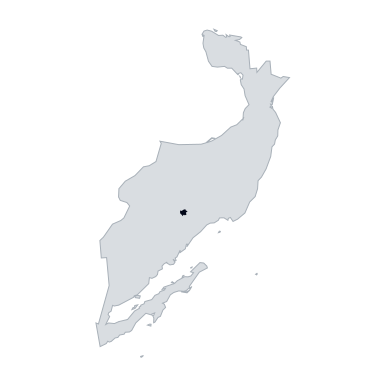 Pánuco de Coronado, Durango, Mexico (highlighted), rotated 265°
{"feature_id": "50627088B1013780118073", "entity_name": "Pánuco de Coronado", "entity_type": "district", "adm_level": 2, "iso_a3": "MEX", "parent_name": "Mexico", "parent_adm1": "Durango", "projection": "robinson", "projection_center": [-104.338, 24.505], "detail": "fine", "context": "in_parent", "style": "filled", "palette": "ink", "viewbox_px": 384, "rotation_deg": 265, "n_neighbors": 0, "source": "geoboundaries", "source_scale": "gbopen_adm2", "svg_char_len": 4881}
<svg xmlns="http://www.w3.org/2000/svg" viewBox="0 0 384 384"><g transform="rotate(265 192 192)"><path d="M46.0,87.0L69.9,84.9L68.7,87.3L106.0,101.3L134.1,101.2L134.2,95.9L151.7,96.0L154.7,99.8L166.9,110.0L169.8,118.6L172.1,121.9L183.5,128.7L187.2,126.2L189.9,119.8L193.4,118.4L201.7,119.5L208.6,126.5L213.3,136.6L221.3,145.8L221.9,151.6L225.5,158.8L243.1,165.6L245.4,164.5L240.3,183.0L238.8,205.2L239.7,210.0L244.3,216.4L243.4,219.8L243.6,216.3L239.8,210.9L241.0,215.9L245.7,226.3L253.3,236.3L255.1,242.5L260.4,248.9L258.9,248.7L262.0,250.2L261.0,249.3L266.5,250.1L270.5,252.3L274.0,256.4L283.3,253.3L290.1,252.8L294.6,250.4L299.4,249.9L300.4,250.9L300.1,252.1L304.0,253.0L306.6,251.0L305.8,247.8L304.5,248.6L304.9,247.9L311.9,242.4L312.3,238.0L314.3,235.4L314.2,228.2L315.4,222.9L320.8,219.8L330.4,218.1L334.5,216.3L339.2,215.9L347.0,217.7L347.6,216.6L345.6,216.5L348.2,215.7L351.3,218.0L352.0,221.2L350.5,225.5L345.6,232.1L345.5,236.4L343.1,239.1L343.5,240.1L345.8,239.7L343.4,242.4L343.5,243.5L345.1,243.2L342.2,254.2L341.5,255.1L339.8,252.7L339.3,248.5L337.2,252.8L334.8,253.1L332.0,258.8L328.7,258.7L328.4,260.6L309.7,260.5L309.8,267.2L305.5,267.1L315.9,277.3L315.6,281.1L302.4,281.1L297.7,290.5L299.1,292.9L297.5,299.1L287.8,288.5L279.9,281.3L275.2,278.6L274.7,279.3L279.1,281.7L272.2,279.6L272.7,277.9L270.9,278.6L269.8,277.0L268.5,278.7L270.8,279.5L267.4,279.9L264.0,282.2L253.3,286.1L246.3,283.0L240.4,282.3L236.5,279.5L232.5,278.4L230.0,275.6L220.5,273.5L208.5,267.8L200.8,262.5L197.5,258.8L189.5,257.6L181.9,254.5L177.0,248.6L166.5,242.9L161.0,235.1L159.1,230.3L163.3,228.0L162.6,225.9L160.7,225.3L163.5,221.6L163.8,217.2L161.5,215.7L159.3,211.4L159.4,207.4L157.9,203.8L151.7,197.1L146.3,189.0L137.9,182.1L140.3,183.4L140.5,181.9L136.0,180.4L132.7,174.9L135.1,175.1L128.6,171.3L127.7,169.5L125.2,170.2L124.8,169.4L126.7,167.2L123.5,168.9L121.6,167.3L121.3,163.7L123.6,160.5L124.4,161.1L122.8,157.8L120.8,155.7L118.0,155.8L116.2,151.3L112.8,150.4L110.9,148.5L109.5,144.6L110.4,142.1L104.5,140.9L94.3,128.5L93.7,125.5L92.2,124.6L85.7,109.2L85.2,104.6L86.0,103.0L80.3,101.0L79.0,98.5L77.2,97.7L75.1,99.1L67.5,94.5L68.8,97.5L67.7,103.3L69.3,107.9L70.6,116.7L78.4,124.4L80.8,129.6L82.0,129.3L82.6,130.9L83.7,131.1L84.8,134.5L87.0,135.5L88.3,142.5L92.3,146.1L93.6,150.1L95.4,151.3L96.8,156.1L98.4,157.2L97.5,153.7L99.7,155.7L102.4,166.5L104.9,169.6L108.3,177.4L107.8,180.7L108.5,183.6L111.5,186.5L112.6,183.6L121.0,193.8L120.2,197.5L116.9,200.3L115.0,200.7L111.5,192.3L98.2,181.1L97.0,181.2L94.3,177.7L93.8,175.3L94.6,170.1L93.5,165.1L91.5,161.5L85.1,157.2L83.8,152.9L82.6,154.7L79.3,155.6L76.9,152.7L70.9,149.7L70.0,147.2L65.5,143.6L65.1,142.4L69.8,143.0L72.5,142.0L72.5,143.1L74.8,144.3L74.0,141.4L72.9,141.3L75.2,135.5L66.5,124.6L59.3,119.8L58.0,117.4L58.1,113.3L56.3,112.0L55.8,107.4L53.6,105.5L53.3,102.7L50.2,98.5L49.7,96.5L50.7,95.1L48.5,93.4L46.0,87.0ZM93.8,128.6L93.0,131.4L90.7,130.5L91.7,126.3L93.1,125.9L93.8,128.6ZM84.3,128.1L81.0,125.1L80.1,121.9L81.8,123.0L82.2,124.7L83.9,125.1L84.3,128.1ZM350.5,231.2L349.7,230.3L350.1,229.0L352.2,228.0L350.5,231.2ZM94.4,181.2L92.0,178.3L93.5,172.5L93.0,177.7L94.4,181.2ZM63.8,139.7L62.0,139.3L63.3,136.1L64.1,138.5L63.8,139.7ZM33.3,129.4L31.8,127.4L32.1,126.5L32.7,126.5L33.3,129.4ZM96.4,181.3L97.9,183.6L94.8,181.4L96.4,181.3ZM150.6,215.8L150.3,216.8L149.5,216.4L149.2,214.8L150.6,215.8ZM109.3,175.4L109.8,177.1L108.2,174.9L109.3,175.4ZM103.5,163.6L104.4,164.4L103.1,166.0L103.5,163.6ZM105.3,249.6L104.7,249.9L103.8,249.2L104.5,248.2L105.3,249.6ZM302.7,250.0L301.0,250.4L303.9,249.4L302.7,250.0ZM117.3,185.5L116.5,185.3L116.4,183.6L117.3,185.5Z" fill="#d9dde1" stroke="#a8b0b8" stroke-width="1"/><path d="M170.4,183.3L170.5,183.4L170.8,183.4L170.7,183.6L170.8,183.6L171.0,183.5L171.2,183.4L171.3,183.2L171.3,183.3L171.3,183.2L171.4,183.3L171.5,183.2L171.7,183.3L171.8,183.2L172.0,183.3L172.4,183.3L172.5,183.2L172.6,183.3L172.5,183.5L172.7,183.8L172.8,183.9L172.8,184.0L173.0,184.3L173.1,184.0L173.4,184.2L173.5,184.1L173.5,183.9L173.5,183.5L174.4,183.3L174.4,183.2L174.2,183.3L174.2,183.2L174.3,183.2L174.2,183.0L174.0,182.9L174.1,182.7L174.3,182.6L174.1,182.4L174.3,182.3L174.3,182.2L174.2,182.0L174.2,181.9L174.0,181.7L173.9,181.5L173.5,181.5L173.5,181.4L173.8,181.3L173.8,181.1L173.4,180.7L173.4,180.8L173.0,179.7L172.9,179.4L173.5,179.5L173.6,179.2L172.8,179.1L172.7,179.1L172.6,179.3L172.3,179.3L172.2,179.3L171.9,179.3L171.9,179.5L172.0,179.5L172.1,179.8L172.3,179.9L172.3,180.0L172.2,180.0L171.9,180.0L171.7,180.0L171.7,180.3L171.6,180.5L171.4,180.4L171.5,180.7L171.4,180.7L171.5,181.0L171.4,181.0L171.2,180.9L171.1,181.0L170.3,180.9L170.5,181.2L170.7,181.3L170.8,181.2L171.0,181.6L170.8,181.7L170.8,181.8L170.8,182.0L170.7,182.0L170.8,182.0L170.9,182.3L171.5,182.5L171.4,182.7L171.2,182.5L170.9,182.6L171.2,182.8L170.8,183.1L170.6,183.0L170.4,183.3Z" fill="#0f172a" stroke="#020617" stroke-width="1.5"/></g></svg>